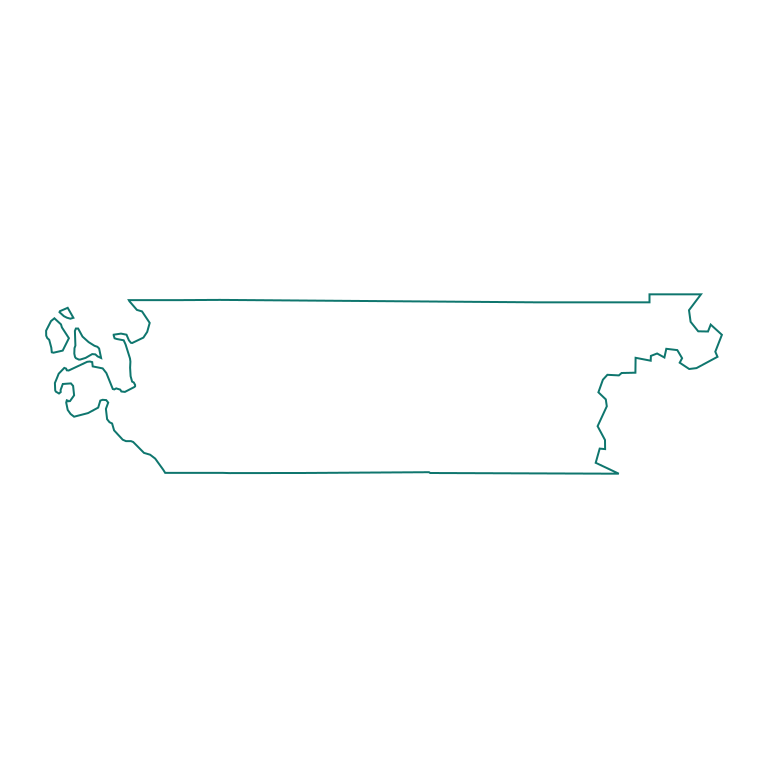 the district of Skagit, Washington, United States of America
{"feature_id": "52423323B93114504552564", "entity_name": "Skagit", "entity_type": "district", "adm_level": 2, "iso_a3": "USA", "parent_name": "United States of America", "parent_adm1": "Washington", "projection": "mercator", "projection_center": [-122.193, 48.477], "detail": "fine", "context": "isolated", "style": "outline", "palette": "teal", "viewbox_px": 768, "rotation_deg": 0, "n_neighbors": 0, "source": "geoboundaries", "source_scale": "gbopen_adm2", "svg_char_len": 2134}
<svg xmlns="http://www.w3.org/2000/svg" viewBox="0 0 768 768"><path d="M717.5,356.8L715.3,351.7L721.9,334.8L710.7,324.6L708.0,331.5L698.2,331.3L690.6,321.8L689.0,310.2L701.0,294.3L649.5,294.3L649.5,302.3L533.1,302.3L220.6,299.9L218.7,299.9L183.3,300.1L128.8,300.1L129.4,301.2L136.9,309.9L142.0,311.4L149.7,322.9L147.2,331.9L143.4,337.6L132.2,343.0L130.9,342.8L128.9,340.3L126.5,334.7L121.0,333.6L113.7,334.7L113.7,335.5L114.6,338.3L116.8,339.0L123.7,340.3L125.6,344.5L130.0,358.5L130.4,361.6L130.1,367.7L130.6,376.2L132.1,381.6L133.8,382.5L135.1,384.9L135.1,386.3L134.4,387.0L124.9,391.9L121.4,391.5L120.2,389.6L116.2,388.4L114.3,389.4L112.8,389.0L106.4,373.1L102.7,368.4L92.7,366.4L92.2,362.1L89.9,361.5L87.2,361.8L68.7,370.5L66.8,370.3L66.1,368.6L64.3,367.9L58.7,373.7L56.9,378.2L54.9,383.0L55.2,390.3L55.8,391.6L59.0,393.5L60.7,392.1L60.6,390.0L62.8,384.0L70.9,383.4L73.1,385.9L74.1,395.3L70.0,401.1L67.8,401.3L67.7,400.6L66.8,400.3L66.2,402.6L67.7,409.9L70.6,414.0L74.1,416.7L88.0,413.1L98.2,407.6L100.3,400.6L102.6,399.8L106.2,400.1L108.2,402.6L105.9,408.9L107.1,419.2L109.5,422.2L112.1,423.5L114.1,430.4L122.7,439.7L125.9,441.1L130.9,441.1L133.2,442.0L144.0,452.9L150.1,454.7L155.2,458.6L163.2,469.7L165.2,472.9L223.5,472.9L229.7,473.1L291.1,473.0L300.8,473.0L429.0,472.2L430.2,473.0L618.8,473.7L595.7,462.8L599.7,448.6L605.1,449.1L605.0,440.0L597.6,426.2L606.8,406.3L605.8,399.4L598.4,392.3L602.9,379.7L607.4,374.8L618.9,375.4L621.6,373.0L635.4,372.7L635.6,357.8L650.7,360.7L650.9,355.9L657.1,353.5L664.4,357.5L666.3,348.8L677.3,350.1L682.1,358.2L679.7,362.7L689.2,369.0L696.5,368.1L717.5,356.8ZM46.1,330.7L46.2,335.7L47.3,338.1L49.2,339.8L51.3,347.7L51.8,352.3L53.5,352.7L62.7,350.6L68.9,338.2L61.9,327.4L61.0,324.4L54.4,318.3L51.0,321.1L46.1,330.7ZM74.5,348.1L74.3,353.6L75.0,356.9L75.9,358.2L78.9,359.6L80.4,359.5L85.6,357.9L92.2,354.1L95.4,354.4L97.6,356.4L101.1,358.0L99.1,348.5L97.4,346.8L94.5,345.8L88.6,342.1L82.5,336.6L78.1,328.5L75.9,328.5L74.9,331.0L75.4,345.6L74.5,348.1ZM59.9,311.2L59.5,312.2L63.8,316.1L66.9,317.7L70.4,318.7L73.4,317.8L67.7,307.8L59.9,311.2Z" fill="none" stroke="#0f766e" stroke-width="2"/></svg>